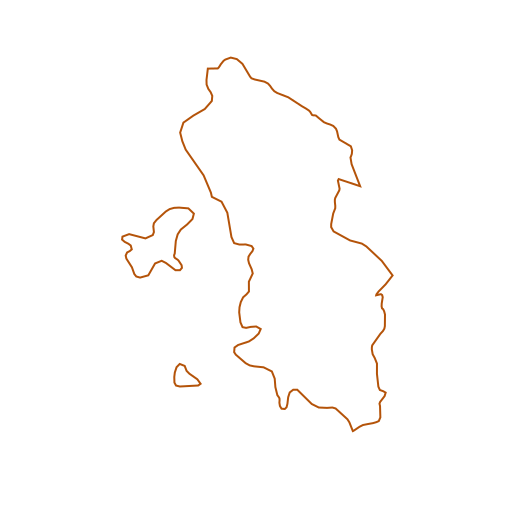 the Region of Ferghana, rotated 72°
{"feature_id": "UZB-364", "entity_name": "Ferghana", "entity_type": "Region", "adm_level": 1, "iso_a3": "UZB", "parent_name": "Uzbekistan", "parent_adm1": "", "projection": "orthographic", "projection_center": [71.33, 40.325], "detail": "fine", "context": "isolated", "style": "outline", "palette": "amber", "viewbox_px": 512, "rotation_deg": 72, "n_neighbors": 0, "source": "natural_earth", "source_scale": "10m", "svg_char_len": 3120}
<svg xmlns="http://www.w3.org/2000/svg" viewBox="0 0 512 512"><g transform="rotate(72 256 256)"><path d="M407.9,272.8L409.3,273.7L410.4,275.9L409.1,278.9L406.1,279.6L402.8,279.1L400.3,278.1L398.6,277.7L397.4,277.9L395.0,278.7L386.7,278.1L378.4,276.1L370.7,276.6L364.2,283.2L360.3,292.0L358.1,295.8L354.7,299.0L343.6,305.7L340.7,306.5L336.4,304.7L335.1,300.5L335.1,289.2L333.6,283.6L330.6,277.4L326.9,274.1L323.1,277.6L321.8,282.9L321.3,287.6L319.5,290.8L314.3,291.3L304.4,289.4L299.6,287.5L295.1,284.7L291.3,281.0L289.6,277.0L287.6,273.7L278.2,270.7L271.6,264.5L267.3,264.2L260.7,264.9L257.2,264.6L254.3,263.3L252.2,260.8L250.3,257.9L248.2,256.2L245.2,257.1L241.9,262.1L240.0,268.2L237.0,272.8L230.4,273.5L206.0,269.9L193.7,272.0L186.1,279.7L181.8,279.3L163.1,280.9L133.1,290.0L124.0,290.6L115.2,290.0L106.7,283.8L103.1,272.1L100.4,259.3L94.9,250.1L90.2,248.1L86.2,248.5L82.3,249.7L77.7,250.0L73.3,248.7L62.9,243.9L65.8,234.4L65.2,233.2L63.5,231.0L63.0,230.6L60.4,226.6L60.1,225.8L59.7,224.5L59.5,218.7L62.8,213.4L69.1,209.5L83.6,206.2L85.6,205.4L87.7,202.7L92.8,194.1L95.7,191.3L98.6,190.0L101.7,189.1L104.9,187.7L107.6,185.4L115.0,176.3L127.8,166.0L131.0,163.1L134.0,160.7L135.7,159.9L139.2,159.1L139.9,158.1L140.3,156.8L141.0,155.6L144.3,153.6L149.7,150.1L151.9,147.6L153.9,144.8L156.2,142.3L159.7,140.6L162.5,140.4L168.4,141.0L171.1,140.7L181.0,131.9L185.2,131.9L188.5,133.3L190.1,134.5L191.5,135.7L198.2,136.7L221.8,135.4L208.4,153.6L209.6,154.8L217.8,155.7L219.3,156.5L225.3,162.7L226.8,163.6L229.0,164.3L232.8,165.1L235.1,165.9L239.4,169.4L248.8,174.6L251.8,175.6L256.6,174.6L270.3,161.7L276.9,151.5L281.0,148.1L299.5,137.9L316.7,132.1L323.0,141.5L327.6,150.3L329.7,153.3L330.5,153.8L330.9,149.0L332.1,148.1L334.3,148.2L340.0,151.1L342.7,152.1L344.8,152.3L345.9,151.5L348.2,151.2L351.5,151.4L362.5,155.1L364.8,156.4L366.6,158.5L368.4,161.7L376.9,173.1L378.6,174.0L380.6,174.7L385.5,175.4L389.7,174.6L395.7,174.2L405.5,177.4L418.1,180.0L421.7,179.6L423.9,176.8L426.0,174.9L429.0,177.0L433.1,183.0L434.6,184.2L437.0,184.4L447.9,187.6L450.9,190.2L451.1,191.6L451.2,193.1L451.1,196.4L450.4,201.5L449.8,206.5L450.4,210.3L452.2,216.6L452.5,217.9L452.5,218.0L443.0,218.6L439.5,219.5L425.6,227.4L423.7,230.2L422.4,235.4L419.5,243.1L414.0,248.7L395.9,258.1L394.7,262.0L396.2,266.1L400.2,269.0L406.3,271.8L407.9,272.8ZM196.5,302.0L201.2,305.0L204.7,311.7L207.6,319.3L211.2,323.8L216.9,327.6L228.7,332.6L229.4,333.3L230.3,333.8L231.9,334.0L232.9,333.6L235.3,331.7L236.4,331.1L241.8,329.6L244.4,330.1L246.0,332.7L244.6,337.0L234.8,343.8L231.4,347.2L231.9,354.3L241.1,364.4L240.7,372.9L238.5,376.2L235.5,377.3L228.4,377.5L218.4,380.1L215.3,379.8L212.8,377.5L212.3,374.5L211.3,372.1L207.3,371.9L204.9,373.6L202.0,376.5L199.0,378.3L196.3,377.0L196.0,369.9L205.1,355.7L204.2,347.7L201.7,345.7L196.1,344.5L193.3,343.0L191.0,339.5L185.8,328.0L184.7,323.6L184.9,319.0L186.2,314.2L189.8,305.6L196.5,302.0ZM360.4,348.2L361.3,351.0L356.6,368.7L354.5,372.1L351.2,372.7L345.8,371.1L341.7,369.2L337.2,365.9L335.1,361.9L338.5,357.8L343.8,357.5L347.4,355.7L355.1,349.9L360.4,348.2Z" fill="none" stroke="#b45309" stroke-width="2"/></g></svg>